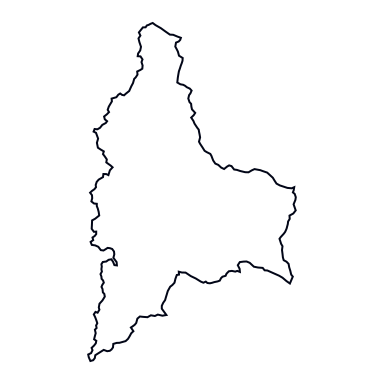 the district of Morretes, Paraná, Brazil
{"feature_id": "56859067B69692518230382", "entity_name": "Morretes", "entity_type": "district", "adm_level": 2, "iso_a3": "BRA", "parent_name": "Brazil", "parent_adm1": "Paraná", "projection": "orthographic", "projection_center": [-48.868, -25.508], "detail": "fine", "context": "isolated", "style": "outline", "palette": "ink", "viewbox_px": 384, "rotation_deg": 0, "n_neighbors": 0, "source": "geoboundaries", "source_scale": "gbopen_adm2", "svg_char_len": 4159}
<svg xmlns="http://www.w3.org/2000/svg" viewBox="0 0 384 384"><path d="M180.9,37.8L177.5,36.6L173.2,34.8L169.9,34.6L165.3,31.4L160.9,28.2L155.5,25.1L152.7,23.0L150.6,23.8L148.8,24.8L146.8,25.5L145.6,27.3L142.9,27.4L138.9,32.4L140.4,35.6L138.5,38.4L139.4,42.1L141.0,46.8L140.2,50.5L138.1,53.5L137.7,56.2L140.5,56.4L142.5,59.4L141.5,62.1L142.6,65.5L142.3,68.7L140.3,70.0L137.2,71.5L137.5,74.6L135.7,77.4L134.2,78.9L133.0,83.1L131.4,86.1L130.3,88.5L129.2,91.0L125.7,93.8L124.1,95.3L122.1,94.9L120.2,93.5L118.3,94.7L116.4,97.2L111.6,98.6L111.9,101.4L110.2,104.2L108.8,106.6L107.7,109.8L109.0,112.1L106.9,114.3L104.1,116.5L104.8,119.3L107.1,121.2L105.8,123.0L102.3,124.9L100.0,127.8L97.4,129.3L94.6,129.0L93.6,131.6L96.0,132.8L98.1,138.6L96.9,142.8L97.9,147.7L100.8,149.6L103.8,151.4L103.0,154.1L104.7,156.3L106.8,159.4L106.3,162.4L108.9,164.3L110.6,165.5L112.6,167.3L109.9,170.3L108.4,175.1L106.3,174.1L103.4,174.0L103.0,177.1L98.7,179.6L96.7,181.9L95.7,185.0L96.0,187.2L94.4,189.2L92.0,190.9L90.1,192.7L92.0,195.2L92.2,198.2L91.4,201.4L94.0,203.5L96.8,203.8L96.8,206.1L97.8,208.6L98.7,212.0L99.2,215.5L95.2,218.7L92.1,220.4L91.9,225.3L91.7,228.8L93.9,231.8L96.2,231.6L96.2,234.1L94.7,236.0L92.5,237.5L93.2,240.1L90.6,241.9L91.8,244.9L95.2,245.4L98.3,246.8L100.8,250.1L103.5,250.5L105.8,249.1L107.6,247.9L110.0,248.2L112.2,249.0L114.0,251.5L114.3,254.3L113.4,257.8L116.6,262.1L116.9,265.4L114.4,265.1L113.1,261.9L111.4,259.3L108.6,259.8L106.3,261.5L102.8,262.0L101.4,264.2L101.8,266.6L101.4,269.2L101.9,271.6L100.5,274.1L101.4,276.5L101.6,278.8L103.1,280.5L103.8,282.7L102.4,284.7L101.5,286.9L102.5,289.0L102.9,292.4L104.3,293.9L104.8,296.6L102.4,300.5L99.5,303.7L98.8,307.5L99.4,309.7L97.6,312.7L95.5,311.9L93.8,314.4L95.1,317.0L96.2,319.9L97.3,323.2L96.1,325.5L96.6,328.0L94.9,329.7L95.7,333.2L94.8,336.4L94.1,339.3L96.3,340.8L95.8,343.3L94.1,345.5L91.6,347.9L92.5,350.2L91.1,353.1L88.2,354.5L88.8,357.3L90.4,361.0L93.2,360.2L94.8,358.1L95.3,355.2L103.7,349.9L107.2,351.2L109.8,350.8L111.5,349.5L113.0,347.4L113.3,343.9L116.7,342.9L119.5,342.8L125.6,341.1L128.0,338.9L129.6,336.3L131.2,333.3L133.4,331.2L130.9,327.5L132.7,326.3L134.7,324.8L136.2,323.0L137.4,318.6L139.9,316.5L142.5,316.8L147.5,317.2L150.9,315.3L154.9,316.0L157.8,314.6L162.4,315.7L166.4,315.0L161.8,308.7L161.8,305.8L163.2,302.8L165.1,300.1L165.9,297.3L166.7,294.7L167.8,291.0L170.2,286.7L172.4,285.0L174.5,282.7L175.4,278.9L176.8,275.0L179.0,274.6L178.8,271.7L181.8,272.5L185.6,272.6L190.8,276.1L195.8,278.5L200.8,281.6L203.4,282.7L205.8,281.6L207.4,283.0L209.9,283.3L212.1,282.8L214.3,282.1L217.7,281.4L219.8,280.6L221.0,278.2L222.5,276.7L225.6,275.8L226.5,273.7L228.8,271.3L231.9,270.9L235.3,271.6L237.2,270.9L239.9,271.9L239.6,268.8L237.8,265.2L239.8,262.1L243.6,261.6L246.6,261.5L249.7,262.8L253.9,266.7L257.9,267.5L262.7,267.9L264.6,270.3L267.4,270.5L279.1,275.7L282.5,277.7L286.5,281.1L289.9,283.5L292.8,276.6L291.2,274.6L290.3,270.8L289.2,267.3L288.6,263.9L286.5,261.7L283.7,260.2L282.9,257.4L282.5,253.8L282.0,250.0L282.5,246.2L281.1,243.8L280.3,241.2L279.5,238.8L280.7,237.1L283.8,233.7L285.2,231.8L286.6,228.6L287.2,226.3L287.8,224.1L288.1,221.5L289.7,218.9L289.5,215.6L293.3,213.5L295.7,210.4L293.6,204.3L295.4,199.9L295.8,197.2L294.7,193.9L292.9,192.4L293.7,190.3L294.2,187.2L291.7,188.3L287.4,187.9L279.8,185.4L276.5,183.6L274.6,180.7L272.8,177.7L267.2,172.6L262.5,171.0L260.4,170.2L254.5,169.1L251.7,170.4L248.5,172.3L245.2,172.2L240.2,171.0L236.9,169.9L234.1,169.5L231.5,166.1L229.1,165.4L227.2,166.5L224.1,169.0L221.2,167.6L218.3,164.9L215.3,163.6L213.2,160.5L212.3,158.2L211.4,155.8L210.3,153.9L206.7,152.1L204.6,150.8L202.6,147.6L200.1,143.8L199.0,141.7L200.1,137.4L199.6,134.5L199.1,132.1L198.7,129.6L197.2,127.7L194.5,123.6L193.4,120.9L191.2,117.6L193.7,115.2L195.2,112.9L193.5,111.0L192.0,109.4L191.4,106.7L191.1,103.8L189.5,102.1L188.3,98.5L189.1,95.1L190.4,93.4L191.6,90.6L189.8,88.6L186.8,87.2L185.1,85.8L183.2,84.8L180.4,84.3L177.3,82.5L177.8,77.8L178.3,74.7L178.9,71.3L179.9,68.5L180.8,65.6L181.7,63.3L182.5,60.8L182.7,58.0L179.0,55.7L177.9,51.6L176.5,48.8L175.3,46.6L176.0,42.6L178.7,41.5L180.2,39.9L180.9,37.8Z" fill="none" stroke="#020617" stroke-width="2"/></svg>